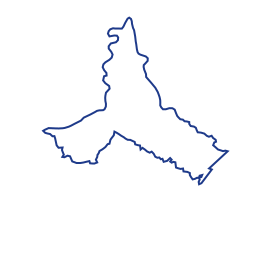 Formosa do Oeste, Paraná, Brazil (Albers equal-area conic projection), rotated 322°
{"feature_id": "56859067B90893181412496", "entity_name": "Formosa do Oeste", "entity_type": "district", "adm_level": 2, "iso_a3": "BRA", "parent_name": "Brazil", "parent_adm1": "Paraná", "projection": "albers", "projection_center": [-53.335, -24.297], "detail": "fine", "context": "isolated", "style": "outline", "palette": "blue", "viewbox_px": 256, "rotation_deg": 322, "n_neighbors": 0, "source": "geoboundaries", "source_scale": "gbopen_adm2", "svg_char_len": 2696}
<svg xmlns="http://www.w3.org/2000/svg" viewBox="0 0 256 256"><g transform="rotate(322 128 128)"><path d="M59.4,78.0L59.8,80.9L61.2,82.8L62.9,84.8L63.4,88.0L65.0,89.1L64.2,91.3L61.1,97.7L61.1,100.8L64.4,103.1L62.4,104.7L61.6,107.3L61.0,109.5L58.5,110.4L59.9,111.9L63.3,112.6L64.9,114.6L63.5,120.0L65.9,123.9L69.0,126.3L71.5,127.7L75.1,129.3L77.2,130.3L76.4,132.5L77.9,133.9L79.6,135.3L82.5,136.2L83.2,133.2L85.9,131.9L87.4,130.4L89.2,129.9L91.4,128.6L94.2,129.0L96.0,129.1L98.5,129.1L102.0,128.2L103.7,129.0L107.0,126.4L109.1,125.8L112.3,125.0L115.1,122.5L116.2,124.9L117.1,127.4L117.9,130.0L119.0,132.7L119.5,134.8L120.5,137.1L122.5,138.8L123.6,141.0L124.7,143.1L123.6,145.3L125.2,147.6L126.7,149.2L124.7,152.7L127.2,152.6L128.1,155.6L128.6,158.2L129.9,160.8L132.1,161.2L132.4,164.1L131.8,167.4L132.8,169.5L134.5,170.5L134.6,172.8L136.2,173.5L135.3,176.6L138.6,178.0L142.7,177.6L142.9,179.8L140.6,180.4L141.1,182.2L142.9,182.6L144.2,184.2L141.5,188.7L142.5,190.3L144.2,192.6L146.4,193.8L145.0,196.4L147.8,199.2L149.0,201.6L147.8,203.1L147.5,205.0L147.3,208.3L149.5,209.3L151.7,209.7L153.4,210.8L152.7,212.8L150.5,214.0L149.4,216.1L151.9,216.7L168.5,212.3L167.0,209.8L192.2,207.7L190.8,205.8L188.6,204.7L187.5,203.0L185.7,200.4L185.1,196.9L184.5,194.0L187.1,192.5L188.9,193.0L189.8,191.3L188.9,188.2L189.1,185.6L186.4,184.7L185.3,182.7L184.7,179.4L182.6,176.5L180.3,174.3L180.8,172.0L181.6,169.6L180.8,167.4L178.6,165.0L178.8,162.5L179.9,161.0L178.2,158.9L176.7,157.5L176.4,155.2L174.6,153.3L174.3,150.8L174.2,148.8L175.0,145.8L176.1,142.3L175.2,139.8L172.7,137.8L169.3,136.5L167.1,134.8L166.9,132.3L167.3,130.1L169.3,127.6L170.6,125.8L171.9,123.1L172.7,120.8L173.6,117.9L174.0,115.1L174.3,113.1L174.1,106.4L173.7,99.0L175.4,96.6L176.7,92.0L177.9,89.5L179.2,88.1L181.5,87.8L184.8,87.2L186.5,85.2L186.1,82.6L182.9,77.8L182.1,75.9L182.3,74.0L183.5,71.4L186.1,67.0L187.3,64.7L190.0,60.3L193.0,54.7L193.6,52.2L195.3,48.4L196.7,46.2L197.5,43.9L196.9,41.8L195.0,41.6L190.6,43.4L186.8,45.3L184.4,45.9L179.1,41.7L177.6,40.2L174.8,39.3L172.4,39.8L170.3,41.3L169.8,44.4L174.2,46.7L176.1,48.4L176.0,50.6L174.1,52.6L171.3,53.0L166.5,50.8L163.1,51.7L161.7,53.6L161.7,57.7L161.1,60.6L158.5,62.5L155.3,62.8L150.6,62.3L147.8,62.7L145.5,64.5L144.8,67.8L144.9,71.3L143.4,73.5L141.0,72.5L137.7,75.2L137.7,78.7L139.0,83.3L137.7,85.7L134.8,86.2L132.4,86.6L130.1,88.6L128.6,90.2L126.8,92.8L125.5,95.4L123.7,97.5L121.0,98.8L119.3,98.6L116.2,96.4L114.1,95.4L111.8,95.1L106.7,94.2L99.5,92.6L95.5,93.2L88.5,91.8L84.5,91.1L82.1,90.5L78.2,89.0L76.4,88.0L73.4,85.9L71.5,84.4L65.4,79.2L61.3,78.2L59.4,78.0ZM153.4,210.8L155.1,209.7L157.5,210.7L155.6,211.8L153.4,210.8Z" fill="none" stroke="#1e3a8a" stroke-width="2"/></g></svg>